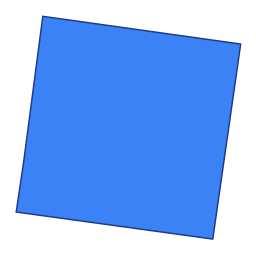 Borden, Texas, United States of America, rotated 278°
{"feature_id": "52423323B58948144984010", "entity_name": "Borden", "entity_type": "district", "adm_level": 2, "iso_a3": "USA", "parent_name": "United States of America", "parent_adm1": "Texas", "projection": "albers", "projection_center": [-101.45, 32.744], "detail": "fine", "context": "isolated", "style": "filled", "palette": "blue", "viewbox_px": 256, "rotation_deg": 278, "n_neighbors": 0, "source": "geoboundaries", "source_scale": "gbopen_adm2", "svg_char_len": 247}
<svg xmlns="http://www.w3.org/2000/svg" viewBox="0 0 256 256"><g transform="rotate(278 128 128)"><path d="M29.2,29.0L29.8,227.4L226.8,227.9L226.8,226.2L226.7,28.1L80.3,29.4L29.2,29.0Z" fill="#3b82f6" stroke="#1e3a8a" stroke-width="1.5"/></g></svg>